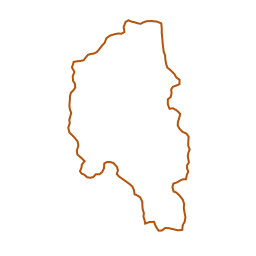 outline of Caputira, Minas Gerais, Brazil, rotated 354°
{"feature_id": "56859067B74666845196583", "entity_name": "Caputira", "entity_type": "district", "adm_level": 2, "iso_a3": "BRA", "parent_name": "Brazil", "parent_adm1": "Minas Gerais", "projection": "robinson", "projection_center": [-42.251, -20.183], "detail": "fine", "context": "isolated", "style": "outline", "palette": "amber", "viewbox_px": 256, "rotation_deg": 354, "n_neighbors": 0, "source": "geoboundaries", "source_scale": "gbopen_adm2", "svg_char_len": 2015}
<svg xmlns="http://www.w3.org/2000/svg" viewBox="0 0 256 256"><g transform="rotate(354 128 128)"><path d="M74.9,149.1L78.1,152.5L81.4,156.4L78.3,159.6L77.5,162.8L75.7,166.0L77.1,168.5L79.8,170.0L82.1,172.7L85.6,173.6L88.4,173.1L91.1,170.7L94.8,171.0L97.6,169.2L99.8,165.8L100.7,160.8L103.3,159.7L106.5,159.9L109.9,161.3L112.9,165.5L113.6,168.8L112.0,172.6L114.1,175.4L117.2,178.1L120.7,181.2L123.7,183.9L126.2,186.7L127.3,190.0L127.6,194.5L130.7,196.4L132.9,198.3L134.5,202.9L134.2,206.7L134.1,210.1L134.9,214.4L134.1,217.7L134.8,221.2L135.1,224.9L139.2,223.8L144.0,224.0L145.5,229.2L147.7,233.3L151.0,233.5L154.6,231.3L158.1,231.9L162.2,233.3L167.2,235.0L171.3,235.0L172.3,230.3L174.6,227.1L175.8,222.6L175.4,218.3L175.1,213.6L175.9,209.4L175.0,205.0L172.0,200.3L169.4,197.3L166.7,195.9L166.0,191.3L167.3,188.1L171.3,187.1L174.5,185.6L177.3,184.7L180.2,185.1L181.7,180.6L183.4,177.7L182.5,174.3L182.9,171.2L185.0,168.5L184.7,165.2L184.5,162.1L185.5,158.8L187.1,155.7L186.0,151.7L186.6,147.4L187.4,143.0L185.6,139.7L181.8,137.5L179.1,134.1L177.7,130.7L178.3,127.2L180.2,122.8L181.4,119.4L178.6,115.9L174.9,113.1L171.3,113.2L170.1,108.5L170.6,103.7L173.7,101.6L175.0,98.0L174.9,94.3L176.9,91.7L180.2,90.9L183.8,89.8L184.3,85.4L181.3,82.7L179.9,79.4L177.4,76.2L175.4,74.0L173.4,72.0L172.7,68.6L172.3,64.2L172.5,59.5L171.5,56.4L171.4,51.9L171.3,47.8L171.5,42.8L171.5,37.2L172.0,31.8L172.0,27.4L167.9,25.2L163.2,24.2L158.1,23.7L154.4,24.5L151.5,25.7L148.7,24.9L145.4,23.5L142.4,22.5L139.8,21.0L136.7,22.2L134.2,27.1L134.5,32.2L131.2,33.6L128.4,33.0L124.7,33.3L120.0,34.2L116.0,36.3L113.7,40.8L110.5,43.6L107.1,47.2L104.8,49.3L101.7,50.4L98.2,50.5L95.6,51.2L93.1,53.7L91.0,56.0L87.5,56.4L84.6,56.3L80.9,56.6L78.6,62.0L80.6,66.7L78.4,70.8L78.3,75.4L79.8,78.4L79.8,82.3L77.6,84.8L74.9,87.0L73.6,90.4L73.1,94.1L72.1,99.1L72.1,103.2L73.1,107.0L71.7,110.6L70.5,113.8L70.6,117.1L68.6,121.4L69.3,126.5L72.0,129.6L74.3,132.7L76.5,136.2L76.8,140.5L74.7,145.2L74.9,149.1Z" fill="none" stroke="#b45309" stroke-width="2"/></g></svg>